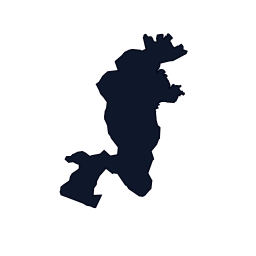 Ogoja, Cross River, Nigeria (Natural Earth projection), rotated 142°
{"feature_id": "59680162B30816727026324", "entity_name": "Ogoja", "entity_type": "district", "adm_level": 2, "iso_a3": "NGA", "parent_name": "Nigeria", "parent_adm1": "Cross River", "projection": "natural_earth1", "projection_center": [8.633, 6.522], "detail": "fine", "context": "isolated", "style": "filled", "palette": "ink", "viewbox_px": 256, "rotation_deg": 142, "n_neighbors": 0, "source": "geoboundaries", "source_scale": "gbopen_adm2", "svg_char_len": 3378}
<svg xmlns="http://www.w3.org/2000/svg" viewBox="0 0 256 256"><g transform="rotate(142 128 128)"><path d="M125.9,181.8L127.1,175.4L128.2,172.0L127.9,167.3L128.2,161.0L132.9,156.3L133.5,156.2L135.7,154.9L137.3,153.2L139.1,151.5L140.5,149.5L140.8,149.0L140.8,148.4L142.3,142.5L145.2,137.8L146.4,135.6L146.4,132.3L147.1,130.5L147.2,118.7L152.6,113.1L158.6,116.2L159.5,116.8L160.8,124.8L166.0,124.3L173.9,128.4L175.7,128.7L177.3,134.7L177.5,134.8L178.5,137.3L182.7,139.7L186.2,140.3L187.8,140.9L190.7,140.5L194.1,143.1L196.5,142.0L195.7,137.6L191.8,135.5L190.7,132.8L188.6,129.3L190.7,126.5L192.2,125.6L200.2,126.1L203.2,124.9L206.4,122.2L208.0,122.2L214.2,122.6L217.1,122.5L219.0,120.5L219.3,120.1L220.6,119.4L221.6,116.6L209.3,96.4L208.0,92.9L205.0,89.3L203.9,86.9L202.5,85.5L190.6,91.5L197.4,96.3L192.1,102.0L187.9,103.2L185.4,105.8L184.1,106.3L182.3,107.1L179.9,108.3L176.6,108.8L170.2,110.1L169.9,110.0L168.0,101.9L167.3,102.0L165.1,99.9L163.9,98.8L164.9,84.5L164.1,83.7L164.5,79.7L160.7,67.7L158.4,65.3L155.7,64.9L155.5,65.0L151.1,65.9L147.3,66.4L141.7,72.1L141.7,72.7L140.7,78.8L140.3,80.4L128.8,87.7L127.1,87.9L124.2,95.8L115.6,97.7L110.6,100.8L109.8,100.6L102.8,108.7L103.4,111.9L101.4,116.6L98.1,121.7L97.2,123.3L96.4,123.8L96.3,124.9L95.8,125.3L95.5,125.7L95.5,126.3L95.0,126.5L94.7,126.3L92.5,125.7L92.1,125.5L92.0,125.9L92.2,126.3L92.5,126.6L92.5,127.1L92.0,127.2L91.8,127.1L91.4,127.3L91.0,127.7L90.3,127.8L89.5,127.3L89.2,127.3L89.2,129.0L88.9,129.5L88.5,129.6L87.7,129.0L87.1,128.8L85.7,128.8L83.0,126.9L81.8,125.6L80.7,124.3L79.9,123.5L79.2,123.1L79.0,122.7L78.5,122.2L78.0,122.0L77.6,121.5L76.9,120.8L76.3,120.4L75.6,119.9L74.8,120.2L73.9,120.1L73.3,120.1L72.0,120.9L70.4,121.4L70.0,121.9L68.5,122.9L67.2,121.7L66.7,122.1L65.3,122.2L64.3,121.2L63.9,120.1L62.9,120.2L62.5,120.7L62.4,121.1L63.2,121.8L63.4,122.2L63.1,122.5L62.8,123.5L63.3,123.8L64.1,124.2L64.1,126.0L63.9,127.5L63.1,128.4L62.3,128.9L61.9,128.6L61.4,128.4L60.8,128.4L60.6,128.8L60.8,129.2L61.4,129.3L62.4,129.9L63.3,131.1L63.7,131.4L65.1,132.1L65.3,133.1L65.3,134.0L66.4,134.4L66.9,134.1L67.9,133.9L69.1,133.5L69.9,133.6L70.5,133.6L70.6,134.1L70.4,134.9L69.3,135.4L68.8,136.0L67.9,138.5L67.8,139.5L67.3,140.7L67.4,141.2L67.9,141.6L67.9,142.0L67.3,142.4L67.1,143.3L67.7,144.0L67.7,144.3L67.2,144.6L66.7,145.1L66.2,145.2L65.8,144.9L65.5,144.9L65.3,145.4L65.5,146.7L66.1,147.4L67.4,147.9L67.2,148.5L66.2,149.3L64.9,149.1L64.4,149.5L64.5,151.6L65.5,153.2L67.3,154.2L69.5,154.0L70.6,153.8L70.8,154.8L69.3,155.8L67.2,156.3L65.2,157.3L62.9,159.6L54.0,155.6L51.0,153.7L36.4,151.1L34.4,152.2L36.8,155.9L35.7,157.1L34.6,158.6L34.7,161.0L36.6,161.1L37.9,161.2L38.5,161.8L41.1,162.2L42.6,162.8L42.6,163.4L42.6,166.7L42.0,167.9L42.0,169.6L41.6,171.1L39.7,171.7L38.0,171.6L37.7,172.2L37.9,173.7L38.1,176.2L38.5,177.3L39.1,177.4L40.7,176.2L41.4,176.0L41.6,176.4L41.8,176.9L43.6,176.5L44.2,176.0L44.5,176.1L45.1,176.7L45.2,177.8L43.5,179.4L43.2,180.1L43.7,180.7L47.4,182.9L48.0,182.7L49.8,181.2L50.4,180.6L50.9,179.4L51.7,178.2L52.0,177.9L53.8,178.6L54.4,179.6L54.6,181.3L53.9,183.4L53.7,185.1L54.5,186.1L56.3,187.0L56.6,188.4L56.5,190.7L57.5,191.1L58.4,190.9L58.8,190.2L59.2,190.0L60.0,189.8L65.2,178.7L70.1,179.9L70.6,181.5L76.4,187.1L79.0,188.3L83.9,189.4L88.3,188.5L96.9,188.1L97.2,187.7L100.1,178.9L109.5,184.6L116.0,184.1L122.3,181.7L125.9,181.8Z" fill="#0f172a" stroke="#020617" stroke-width="1.5"/></g></svg>